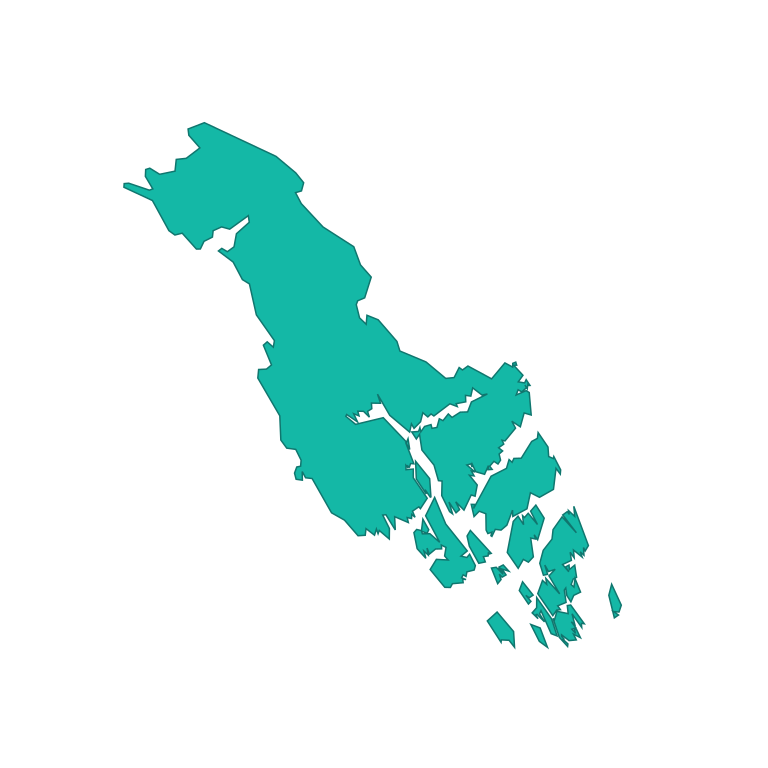 Gulen nor, Sogn og Fjordane, Norway (Natural Earth projection), rotated 239°
{"feature_id": "86288312B34871191687124", "entity_name": "Gulen nor", "entity_type": "district", "adm_level": 2, "iso_a3": "NOR", "parent_name": "Norway", "parent_adm1": "Sogn og Fjordane", "projection": "natural_earth1", "projection_center": [5.028, 60.957], "detail": "fine", "context": "isolated", "style": "filled", "palette": "teal", "viewbox_px": 768, "rotation_deg": 239, "n_neighbors": 0, "source": "geoboundaries", "source_scale": "gbopen_adm2", "svg_char_len": 6135}
<svg xmlns="http://www.w3.org/2000/svg" viewBox="0 0 768 768"><g transform="rotate(239 384 384)"><path d="M686.6,262.4L660.5,280.0L626.2,278.6L619.4,281.5L617.2,288.7L596.3,292.7L594.3,296.1L599.0,303.2L598.3,312.6L603.4,316.5L602.3,325.7L596.2,331.5L598.2,354.4L592.0,351.8L588.8,334.9L578.8,326.1L578.1,317.9L583.8,314.8L583.3,310.6L566.2,317.5L546.4,316.4L539.1,320.2L509.0,310.2L477.6,312.4L472.6,308.1L480.3,305.6L479.4,300.6L458.3,297.4L457.3,290.9L461.0,284.0L454.1,278.9L410.4,278.3L389.1,266.7L379.1,267.6L373.4,274.7L361.4,273.7L356.5,270.2L357.8,266.5L353.7,261.4L347.6,259.6L343.6,264.5L351.1,268.8L344.0,268.5L340.0,273.7L300.6,272.7L287.7,280.0L267.3,283.6L264.0,290.0L269.3,294.1L259.3,298.0L263.6,302.8L258.7,301.8L260.9,304.5L248.4,308.7L257.3,314.2L272.3,315.4L271.0,318.3L253.1,318.5L264.8,324.8L252.7,333.5L257.6,335.1L254.5,338.3L257.9,340.6L253.8,342.0L260.3,342.9L260.8,350.6L258.4,351.0L263.8,362.2L288.5,360.8L296.0,365.3L299.2,358.7L303.0,360.9L299.4,361.5L302.5,361.6L299.7,363.0L302.1,365.8L300.2,368.5L323.0,372.5L314.6,372.3L324.7,376.4L322.5,373.4L355.5,366.0L364.0,338.9L376.0,334.6L377.1,336.3L365.1,341.8L374.2,342.7L369.5,346.2L374.2,347.5L371.1,352.4L363.1,354.4L369.0,355.8L369.1,360.8L374.1,363.4L369.3,371.1L378.7,373.2L354.2,372.8L329.6,381.2L335.7,387.0L330.5,386.9L332.8,395.9L339.4,402.5L333.2,404.6L334.1,408.9L330.9,410.3L333.1,430.3L326.9,435.2L330.0,435.7L326.6,444.9L332.3,448.0L328.9,452.2L335.0,458.0L324.1,462.3L322.2,467.5L323.6,449.7L317.0,441.3L320.6,434.8L320.3,425.1L325.2,423.7L322.2,415.7L325.7,413.5L319.5,407.0L321.3,402.3L325.0,403.4L326.7,396.9L324.0,390.9L328.1,392.3L325.5,389.2L328.6,383.1L320.2,383.4L322.5,388.5L307.9,382.5L288.7,385.1L273.1,380.9L270.9,383.8L258.6,376.0L240.8,374.5L237.4,375.9L249.3,378.9L236.5,379.4L237.4,384.1L246.1,384.8L234.7,387.6L244.0,401.6L240.9,404.3L249.4,411.9L261.8,410.2L258.8,413.9L264.4,414.1L261.7,416.7L271.9,413.3L270.8,417.4L267.4,416.7L269.7,418.3L261.5,417.5L254.8,423.7L260.3,431.5L256.9,429.1L255.1,432.7L259.1,432.3L261.1,438.4L256.7,440.5L258.7,444.7L264.7,446.6L265.5,451.2L270.3,449.4L270.8,455.7L275.0,456.2L272.9,458.4L278.4,474.0L286.3,474.4L277.1,478.8L287.0,489.2L281.6,494.2L301.9,504.1L305.1,502.4L306.5,491.6L310.0,496.0L306.3,498.0L307.4,504.2L310.6,504.3L306.2,504.4L310.6,507.9L308.0,507.6L307.6,508.4L314.5,508.1L312.5,505.1L316.7,500.2L319.9,507.6L333.3,504.8L331.8,507.4L334.9,508.2L335.4,505.0L332.2,503.0L339.8,498.5L333.0,478.9L356.2,465.2L355.6,458.5L359.4,456.9L353.4,447.4L357.0,439.8L381.2,431.4L404.1,414.6L413.8,417.0L442.0,412.1L451.7,404.8L444.4,399.5L453.3,397.1L466.3,401.1L468.9,404.3L467.8,411.8L482.2,428.1L498.2,425.2L517.2,428.8L550.0,412.6L581.2,406.0L593.6,406.7L592.0,412.7L597.9,418.8L610.4,417.1L634.7,408.7L700.5,364.6L703.5,347.4L697.7,344.8L681.2,347.8L679.3,330.7L683.5,321.6L674.1,314.5L679.3,299.7L689.6,294.4L690.6,290.2L684.9,286.4L670.3,286.3L671.0,282.7L687.6,268.6L689.6,264.5L686.6,262.4ZM235.9,396.8L224.0,392.9L225.9,400.1L220.3,404.5L206.2,396.3L202.3,396.0L201.5,400.2L198.9,397.5L197.8,398.0L202.1,404.5L198.5,409.1L199.7,416.6L209.7,429.2L204.1,426.2L203.4,442.3L215.4,453.5L206.8,458.9L206.4,475.0L223.1,488.0L216.0,488.7L219.4,491.2L234.4,492.2L232.9,490.7L237.0,487.8L245.5,492.1L263.0,491.1L258.4,487.5L258.7,481.0L249.7,463.4L253.3,457.0L250.9,453.5L254.8,452.3L248.6,445.5L249.8,428.3L231.1,396.6L234.1,399.7L235.9,396.8ZM98.5,409.4L101.3,415.7L99.7,419.0L104.4,418.6L103.0,427.6L114.5,432.4L115.5,434.7L108.6,431.8L101.0,432.0L105.1,437.8L104.4,445.3L118.8,447.5L112.1,442.2L115.7,441.1L119.4,445.8L119.1,449.5L130.5,454.2L129.5,447.4L133.5,449.3L133.7,445.3L127.8,445.7L137.3,444.1L136.3,453.8L143.9,456.9L137.1,457.5L144.1,460.9L133.6,464.7L139.1,465.8L134.3,467.2L141.1,470.8L137.3,470.5L140.2,476.0L181.4,483.7L172.3,479.3L180.4,477.0L176.7,475.7L180.2,475.3L179.7,469.8L157.4,472.3L178.4,468.2L172.1,453.9L164.5,448.1L159.4,434.8L150.1,425.2L138.0,422.2L136.6,426.2L146.0,428.6L138.5,428.4L137.0,435.3L134.6,426.6L113.6,426.5L134.0,422.6L128.5,420.3L134.0,418.7L125.1,407.8L98.5,409.4ZM201.2,328.0L178.4,331.4L175.4,336.1L177.6,339.8L172.9,349.5L176.2,351.0L174.1,353.6L177.9,350.7L179.7,353.6L176.8,355.2L180.3,358.3L178.1,365.5L181.3,368.8L194.0,369.7L192.6,365.7L196.8,361.3L198.0,369.4L232.2,364.8L260.7,369.0L249.6,351.8L219.6,350.2L232.1,346.2L235.8,339.7L238.5,340.4L233.9,344.0L236.0,347.3L248.1,347.7L239.0,340.6L242.5,337.1L241.2,333.1L225.8,327.6L213.0,330.1L220.3,332.2L214.7,333.8L221.2,336.4L214.8,335.3L216.0,343.2L213.0,348.5L216.4,350.2L212.0,353.0L205.4,347.4L200.1,348.3L206.7,338.6L201.2,328.0ZM176.1,402.9L156.9,404.1L161.9,413.1L156.9,416.0L158.9,423.0L176.4,430.4L173.1,434.0L177.4,435.1L171.4,435.5L186.5,452.2L202.0,451.8L199.5,444.2L184.5,443.2L198.9,441.0L197.2,435.7L199.8,435.0L191.5,431.2L201.7,430.8L199.6,424.0L176.1,402.9ZM76.5,403.8L64.5,406.2L66.5,407.8L72.9,405.9L72.8,406.9L76.4,406.2L77.6,407.0L68.7,410.5L65.6,417.0L72.0,417.6L65.4,421.7L74.5,422.6L76.2,420.9L71.5,419.8L77.1,418.7L76.1,422.9L83.7,422.1L79.6,423.7L90.2,426.8L73.5,428.1L77.2,429.9L75.3,432.2L98.4,430.2L99.7,427.0L92.3,423.6L100.1,415.2L93.7,408.3L96.1,408.2L76.5,403.8ZM127.7,350.5L102.3,351.3L104.2,352.8L99.9,359.2L91.1,360.3L105.1,367.6L130.3,363.5L127.7,350.5ZM181.5,372.9L179.3,379.2L184.8,380.3L183.0,384.7L186.0,386.8L184.1,386.5L183.6,388.7L214.0,382.6L210.9,376.9L201.0,373.6L181.5,372.9ZM268.0,363.6L272.3,364.8L263.2,365.4L263.1,366.1L279.4,374.4L301.5,371.3L286.0,362.8L268.0,363.6ZM111.5,393.1L103.5,395.2L107.9,395.1L107.8,396.5L97.4,399.1L106.9,399.0L108.8,401.8L83.9,398.7L78.9,402.6L96.5,406.7L122.3,404.9L113.6,399.6L111.5,393.1ZM87.1,467.9L64.9,461.0L65.2,466.0L70.7,463.6L67.5,468.0L72.2,473.5L95.1,476.0L87.1,467.9ZM137.3,393.6L121.0,394.5L122.0,398.0L129.8,396.7L126.0,398.4L126.2,403.1L143.1,400.9L137.3,393.6ZM170.9,381.3L154.3,378.6L156.1,383.6L161.6,384.9L157.6,385.8L157.5,390.3L164.5,389.9L159.3,394.6L167.5,393.0L167.8,388.3L160.9,389.6L167.4,387.0L163.0,388.4L159.4,388.1L169.1,385.8L170.9,381.3ZM83.4,384.6L74.1,388.5L94.5,392.2L102.3,386.0L83.4,384.6Z" fill="#14b8a6" stroke="#0f766e" stroke-width="1.5"/></g></svg>